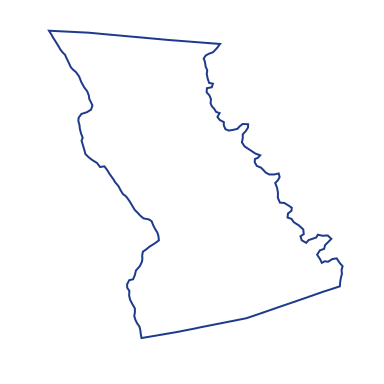 outline of Itaocara, Rio de Janeiro, Brazil, rotated 275°
{"feature_id": "56859067B49021626071663", "entity_name": "Itaocara", "entity_type": "district", "adm_level": 2, "iso_a3": "BRA", "parent_name": "Brazil", "parent_adm1": "Rio de Janeiro", "projection": "natural_earth1", "projection_center": [-42.077, -21.729], "detail": "fine", "context": "isolated", "style": "outline", "palette": "blue", "viewbox_px": 384, "rotation_deg": 275, "n_neighbors": 0, "source": "geoboundaries", "source_scale": "gbopen_adm2", "svg_char_len": 2523}
<svg xmlns="http://www.w3.org/2000/svg" viewBox="0 0 384 384"><g transform="rotate(275 192 192)"><path d="M94.5,135.4L91.0,135.8L88.0,138.2L83.4,138.4L79.3,139.7L74.9,142.5L71.1,145.2L67.6,145.6L63.4,145.3L59.6,146.8L56.4,148.8L53.3,151.4L49.7,152.6L46.3,153.3L42.1,154.4L51.1,188.8L56.3,206.9L58.1,212.6L59.5,217.6L62.8,228.9L71.0,257.2L74.9,266.1L85.3,289.4L95.9,313.3L103.8,330.7L110.9,347.5L116.2,347.5L120.1,347.9L123.4,348.5L127.3,347.8L131.2,348.5L134.0,345.5L138.5,341.9L137.4,337.6L134.4,333.7L134.5,330.2L132.7,327.5L135.9,325.7L140.5,322.1L145.0,324.5L146.9,328.6L150.7,329.2L154.3,332.3L157.5,334.9L160.5,331.0L159.8,325.7L160.4,321.1L157.5,319.7L155.7,315.7L154.3,312.4L151.3,310.2L153.5,305.5L157.3,303.9L159.8,307.0L164.4,306.1L168.0,301.4L170.8,296.0L173.9,293.5L174.9,289.4L179.0,289.5L181.9,292.7L185.0,292.8L186.9,289.4L189.1,285.0L189.1,280.5L193.8,278.0L198.6,277.7L203.3,276.5L208.2,274.1L211.2,276.6L214.6,278.0L218.0,276.7L216.6,272.3L216.2,267.4L217.8,263.7L220.1,261.2L222.3,258.6L223.6,254.3L227.1,251.9L230.3,251.8L231.8,254.7L234.5,256.7L235.9,251.6L239.2,245.6L242.0,240.4L245.8,237.4L250.2,237.9L253.8,237.5L257.6,240.4L261.2,242.2L264.4,242.0L264.2,236.6L261.6,233.8L258.9,231.8L257.5,227.6L256.4,223.3L257.5,219.8L261.1,217.9L264.4,217.6L266.2,213.3L269.0,210.8L273.0,212.6L273.9,209.1L277.0,206.7L279.1,204.3L282.0,202.8L286.2,202.8L289.8,200.9L292.6,197.9L296.7,197.8L298.1,202.6L301.7,203.4L302.2,199.5L306.5,197.7L310.9,196.4L314.5,196.6L318.1,194.7L323.2,193.4L325.9,192.0L329.2,193.8L331.1,196.6L333.1,200.8L337.5,204.3L341.9,207.0L341.4,155.2L341.6,92.8L341.7,75.2L340.2,35.5L336.2,38.5L333.6,40.2L330.8,42.4L325.6,46.3L322.8,48.2L320.1,50.6L317.6,53.6L314.8,55.1L310.8,57.5L305.6,60.5L303.3,63.1L301.4,65.9L297.2,69.5L291.9,72.1L286.7,75.6L283.2,78.8L279.4,80.7L275.7,81.6L273.0,83.3L269.4,85.3L265.2,84.2L262.3,80.3L260.1,75.0L256.1,72.6L252.8,72.6L248.8,74.1L245.4,74.7L240.8,76.3L236.4,78.4L233.5,77.5L229.0,79.3L224.2,81.2L220.5,82.5L217.7,85.9L215.3,89.6L212.6,94.9L208.9,98.2L209.9,102.5L206.4,105.7L203.4,107.8L200.6,110.2L197.8,112.6L194.8,114.8L191.5,118.2L187.1,121.0L183.9,123.4L182.2,126.3L180.0,128.4L176.5,131.3L173.1,133.7L169.2,136.5L166.3,140.0L164.1,142.3L161.5,146.0L160.9,151.6L159.3,154.4L155.4,156.3L151.8,158.6L148.6,161.0L145.2,162.4L140.9,163.2L137.8,159.7L133.8,154.4L130.7,151.2L128.3,148.3L124.5,147.9L121.0,148.4L118.2,148.2L113.8,146.6L108.9,143.0L104.2,142.3L99.9,140.9L98.7,137.2L94.5,135.4Z" fill="none" stroke="#1e3a8a" stroke-width="2"/></g></svg>